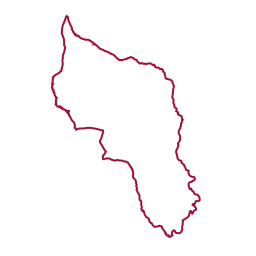 outline of Chordeleg, Azuay, Ecuador, rotated 189°
{"feature_id": "8360857B12860339410526", "entity_name": "Chordeleg", "entity_type": "district", "adm_level": 2, "iso_a3": "ECU", "parent_name": "Ecuador", "parent_adm1": "Azuay", "projection": "orthographic", "projection_center": [-78.733, -2.983], "detail": "fine", "context": "isolated", "style": "outline", "palette": "rose", "viewbox_px": 256, "rotation_deg": 189, "n_neighbors": 0, "source": "geoboundaries", "source_scale": "gbopen_adm2", "svg_char_len": 5763}
<svg xmlns="http://www.w3.org/2000/svg" viewBox="0 0 256 256"><g transform="rotate(189 128 128)"><path d="M203.7,188.6L203.3,187.6L203.4,184.6L202.7,182.0L202.4,180.1L202.8,174.9L202.7,173.9L203.7,173.1L204.7,171.7L207.3,169.5L207.9,169.3L208.6,168.2L209.1,167.8L210.0,166.5L210.0,166.0L209.7,165.8L209.6,165.2L210.0,163.3L209.7,162.8L209.6,161.9L209.8,161.3L209.9,160.4L209.6,160.0L208.8,159.7L209.1,158.9L209.6,158.8L209.5,157.6L209.2,156.4L209.4,155.9L208.8,155.6L208.5,155.0L208.6,154.1L208.1,153.4L207.8,153.2L207.3,153.3L207.4,152.6L207.1,151.6L206.2,151.3L206.3,150.7L206.0,150.4L206.0,149.9L204.7,147.9L204.2,147.5L204.0,146.9L203.8,146.6L203.2,146.6L203.6,144.0L203.2,143.4L203.3,142.8L202.9,142.3L203.1,141.6L203.0,140.9L203.2,140.5L202.6,140.3L202.8,139.7L202.4,139.5L202.4,139.2L201.4,138.4L200.6,138.2L199.5,138.3L199.6,138.0L199.4,137.8L198.5,138.3L198.6,138.7L198.2,138.7L197.7,138.2L197.7,137.6L197.5,137.3L197.1,137.2L196.6,137.8L196.2,137.8L195.9,137.5L195.9,136.7L195.1,136.2L194.2,136.4L193.3,136.0L191.4,135.7L190.9,135.3L189.0,135.5L189.0,135.2L190.3,135.0L191.1,134.4L190.4,134.1L190.2,133.6L189.4,133.5L189.3,132.8L188.7,132.8L188.4,132.5L188.6,132.1L188.2,131.2L186.9,130.0L184.7,126.9L182.1,124.8L181.4,123.7L180.8,122.1L180.8,119.9L179.9,119.7L179.0,118.2L178.3,118.8L176.9,119.5L175.4,120.0L171.4,120.7L168.2,121.8L164.7,122.3L160.6,122.3L152.3,121.6L152.1,119.8L152.1,118.1L152.6,115.9L152.6,114.6L153.1,112.6L153.8,110.4L153.2,109.2L151.0,106.8L149.4,104.6L146.7,101.6L146.2,101.4L147.0,98.8L147.5,97.9L148.0,97.5L148.2,97.0L148.3,94.9L147.7,93.4L143.8,94.7L142.9,94.9L140.9,94.8L139.3,94.1L135.9,93.8L134.9,93.9L133.9,94.8L131.3,94.6L128.4,94.9L126.8,94.4L124.4,94.5L123.6,93.9L122.9,93.9L122.2,93.4L121.9,92.8L121.0,92.1L120.4,91.1L119.1,90.0L118.8,89.3L118.4,89.2L117.4,88.4L117.3,88.1L117.5,87.4L116.6,86.7L116.1,84.7L115.6,83.9L115.5,83.1L115.7,82.3L115.5,80.4L114.8,79.6L113.7,78.8L113.4,78.4L112.7,78.1L112.1,77.1L111.7,75.9L111.7,75.1L110.5,73.3L110.9,72.0L109.9,70.4L109.6,69.5L109.9,68.2L109.2,67.4L108.3,65.8L106.6,64.0L106.2,63.0L105.4,59.3L104.8,58.5L103.6,57.8L103.2,56.7L103.0,54.4L102.3,52.9L101.9,51.5L102.2,50.1L101.4,48.8L100.2,49.0L99.9,48.8L100.0,48.0L99.4,47.9L98.8,47.5L98.6,46.4L97.9,45.1L96.2,43.0L94.6,42.4L93.5,41.8L93.1,41.3L93.0,40.3L92.4,39.8L91.9,38.7L91.0,38.3L90.7,37.8L90.0,37.8L89.5,37.4L88.8,36.4L87.0,34.7L84.8,34.8L84.0,35.3L83.0,35.5L82.1,36.2L81.5,36.4L80.9,36.1L80.1,36.3L79.3,36.0L79.0,35.6L78.8,34.8L74.7,30.6L74.5,30.3L74.8,30.0L74.6,29.5L73.9,29.6L73.4,29.0L73.3,28.3L72.8,27.9L71.3,28.3L71.3,28.0L70.7,27.7L70.7,27.2L70.4,27.1L70.1,27.2L69.7,26.9L69.4,27.0L68.6,28.1L67.3,28.8L68.1,29.7L68.2,31.6L67.9,32.7L66.9,34.1L66.5,34.2L65.9,34.0L65.4,33.4L64.8,32.3L64.3,32.0L61.7,31.9L60.1,32.6L59.1,33.9L58.6,35.5L58.6,36.6L59.0,38.3L58.9,41.4L59.1,42.4L59.1,44.0L59.5,45.4L55.3,48.9L54.3,50.5L54.0,51.4L54.0,53.8L53.5,55.7L53.0,55.8L52.4,55.4L51.7,53.7L51.2,53.5L50.5,54.7L49.9,56.6L49.2,57.2L48.0,57.9L48.0,58.6L48.6,59.8L50.4,61.6L52.1,61.9L52.2,62.6L51.9,63.1L50.2,63.5L49.8,65.0L49.9,65.7L49.7,66.2L47.1,66.9L46.3,67.3L46.0,67.7L46.0,68.9L46.7,70.7L47.5,71.7L48.5,72.6L49.1,73.0L51.6,73.0L53.1,74.7L53.2,75.2L54.8,76.1L55.5,76.7L56.0,77.7L56.7,77.8L57.2,77.4L57.5,77.4L59.1,80.6L59.3,82.1L59.2,83.0L58.5,84.1L56.8,84.7L56.1,85.7L54.6,86.7L53.9,87.8L54.0,88.5L54.7,89.5L55.4,90.0L57.2,89.8L59.4,90.5L60.3,91.4L61.3,93.2L61.4,95.2L63.4,95.5L64.3,96.0L65.4,98.3L66.5,99.4L66.6,100.2L69.6,102.0L70.3,103.9L70.6,104.0L72.5,104.1L73.5,105.1L74.1,105.4L74.4,105.8L74.8,107.6L75.6,108.7L75.7,110.0L76.6,111.2L76.9,113.2L76.2,115.0L75.8,116.6L75.6,119.1L76.3,120.6L74.9,123.3L74.9,126.9L75.5,128.6L77.0,130.4L77.3,131.1L77.3,133.8L76.8,134.7L76.2,137.6L76.2,139.5L76.4,140.6L75.8,141.7L75.9,143.8L75.2,144.6L76.3,145.5L76.5,147.1L77.0,148.1L77.6,148.5L78.9,148.4L80.0,149.2L80.9,149.3L81.0,149.6L80.8,150.6L81.0,151.2L81.5,151.6L82.8,151.9L83.1,152.1L82.8,154.0L83.0,154.4L83.6,155.1L84.8,155.5L85.5,156.1L85.6,157.4L86.0,157.8L86.2,158.6L86.8,159.2L87.3,160.6L87.4,162.9L89.2,165.6L89.0,166.9L89.2,168.2L89.0,169.6L89.5,173.3L89.1,176.5L90.1,177.9L91.1,179.7L91.4,180.9L93.6,182.3L95.6,182.4L98.5,182.8L99.3,185.2L100.2,186.5L100.1,187.4L100.4,188.1L100.8,188.5L102.0,189.2L102.4,189.6L102.5,190.5L103.2,191.2L103.8,191.6L104.8,191.3L105.6,191.3L106.7,192.0L107.9,192.5L108.9,192.2L110.3,192.3L110.6,192.5L111.5,194.2L112.0,194.5L112.4,194.5L113.0,194.0L115.1,195.0L116.4,195.4L117.5,194.9L119.9,194.3L120.5,193.7L121.3,194.1L121.8,194.1L123.0,193.8L124.1,194.3L124.8,194.0L125.3,194.1L126.1,193.6L126.4,193.5L128.7,194.8L130.2,196.6L131.9,196.8L133.0,197.3L133.3,197.9L136.2,198.5L136.7,198.4L138.2,197.3L139.1,197.1L140.1,196.0L142.2,195.3L144.3,194.2L147.6,193.8L148.7,194.8L150.1,195.3L151.9,196.9L154.4,198.3L155.6,198.4L156.6,199.0L157.7,198.9L158.5,199.5L159.1,199.5L159.9,200.1L161.0,200.1L162.2,200.5L163.0,200.4L164.5,201.1L166.3,201.6L167.7,201.7L172.0,204.7L172.7,205.0L173.2,205.0L173.7,205.6L174.4,205.7L174.6,205.7L174.8,205.4L175.2,205.3L175.0,206.4L176.4,207.1L177.2,207.1L178.1,208.0L178.6,208.2L179.3,208.2L180.0,208.7L180.5,208.8L181.4,208.9L183.7,208.5L185.8,208.9L187.6,209.0L189.4,209.8L190.2,210.3L190.5,210.7L191.2,210.7L191.3,211.2L192.4,211.4L192.9,211.1L193.5,211.2L193.7,211.8L194.3,211.4L194.5,211.5L195.1,212.1L195.2,212.9L195.4,213.0L195.8,212.8L196.0,213.0L196.8,213.9L197.1,214.8L197.6,214.8L197.7,215.4L198.6,216.3L198.7,216.9L199.1,217.3L199.1,218.1L200.7,220.5L201.3,220.9L201.8,222.2L203.9,225.3L204.6,228.0L205.5,228.5L206.0,229.0L206.6,228.1L207.1,224.8L208.6,218.7L208.6,214.2L208.1,210.8L205.7,206.9L205.1,205.2L203.9,199.5L202.5,197.7L202.6,196.6L202.9,195.2L202.8,193.1L203.5,190.7L203.7,188.6Z" fill="none" stroke="#9f1239" stroke-width="2"/></g></svg>